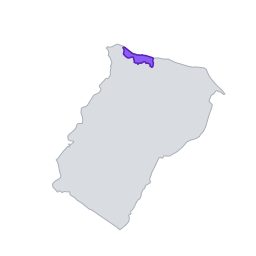 Ghana, with Greater Accra highlighted, rotated 215°
{"feature_id": "GHA-2172", "entity_name": "Greater Accra", "entity_type": "Region", "adm_level": 1, "iso_a3": "GHA", "parent_name": "Ghana", "parent_adm1": "", "projection": "mercator", "projection_center": [0.02, 5.749], "detail": "coarse", "context": "in_parent", "style": "filled", "palette": "violet", "viewbox_px": 256, "rotation_deg": 215, "n_neighbors": 0, "source": "natural_earth", "source_scale": "10m", "svg_char_len": 3204}
<svg xmlns="http://www.w3.org/2000/svg" viewBox="0 0 256 256"><g transform="rotate(215 128 128)"><path d="M155.6,36.6L157.4,38.3L157.8,39.3L157.1,43.1L155.8,45.8L155.0,48.3L155.1,49.5L155.9,50.7L158.7,52.7L160.1,54.0L161.8,55.9L163.7,57.8L167.1,60.2L168.5,60.6L168.4,61.3L168.0,62.3L167.7,71.4L167.4,73.7L167.2,74.9L166.8,78.3L166.5,78.8L165.9,78.7L165.3,78.8L165.1,79.5L165.4,80.2L167.4,80.7L166.9,81.2L165.5,81.7L164.8,82.7L165.1,83.9L164.2,84.8L164.5,85.4L165.0,85.9L165.9,85.7L168.2,84.2L169.2,84.0L170.4,84.3L172.6,86.7L172.7,87.9L171.8,91.9L170.9,94.9L170.8,99.0L171.7,101.3L171.6,102.6L170.6,103.7L168.2,105.3L168.4,106.4L169.5,108.4L171.4,110.6L175.2,113.4L177.3,117.0L177.3,118.5L176.1,120.0L174.8,121.3L174.3,123.1L174.9,135.2L171.9,140.5L171.9,142.0L172.2,143.7L173.0,144.8L174.5,145.1L175.8,146.1L175.3,149.8L174.7,153.5L174.6,155.3L174.2,156.2L173.0,156.9L172.6,158.1L172.9,159.5L172.6,160.6L173.3,162.0L174.7,163.8L176.9,168.1L177.7,168.4L178.1,169.4L177.9,170.2L178.7,172.2L181.2,174.1L183.7,175.7L185.8,176.0L186.3,177.5L187.7,179.4L188.7,180.2L190.3,180.8L191.6,181.0L191.6,182.6L189.3,183.7L187.7,185.4L186.5,187.9L184.8,190.7L179.1,192.2L176.8,192.2L165.0,192.2L153.9,197.7L147.5,199.6L143.6,202.7L138.3,204.9L134.6,207.6L127.0,208.8L114.4,213.0L110.5,214.6L106.5,217.5L100.0,220.9L97.5,220.9L92.4,217.7L88.6,216.1L79.3,213.7L72.4,212.8L69.0,211.7L68.1,211.5L68.9,210.4L70.8,210.3L72.8,210.7L74.4,209.8L76.7,209.7L77.2,208.8L77.4,206.5L77.4,204.6L78.2,203.8L78.4,201.6L77.3,196.8L76.5,196.2L72.4,195.5L72.1,194.6L71.4,193.6L70.6,191.1L69.7,187.4L68.3,182.8L65.6,175.2L64.9,172.5L64.5,169.7L64.4,166.5L64.9,165.3L64.8,163.6L64.6,161.9L66.5,158.0L70.3,153.3L71.1,151.6L71.8,150.4L71.9,148.7L72.5,143.2L74.3,136.5L75.5,133.9L76.2,132.6L77.2,130.4L77.4,129.3L80.9,126.7L82.5,126.0L82.8,125.0L82.3,123.8L82.5,123.1L83.3,122.7L84.6,122.4L85.6,121.3L84.1,113.0L82.9,104.8L82.8,104.1L82.1,103.0L81.4,99.6L80.3,97.6L78.6,97.0L78.6,95.1L80.3,91.9L80.7,90.1L79.9,89.5L79.8,88.1L80.4,85.7L80.1,84.3L79.8,82.7L78.1,79.1L77.7,76.6L78.5,75.1L78.5,71.8L77.6,66.7L77.4,63.5L78.1,62.2L77.8,60.9L76.5,59.7L76.4,58.6L77.5,57.4L77.4,56.5L76.0,55.9L74.9,54.3L73.8,51.9L74.0,47.9L76.0,40.6L76.2,40.0L78.5,40.0L78.5,40.3L85.5,40.3L93.4,40.2L102.9,40.1L111.6,40.0L112.0,39.7L113.4,39.3L122.1,40.0L127.6,39.7L129.9,39.9L131.6,40.4L135.4,40.1L137.4,40.3L138.9,42.1L139.5,42.1L140.4,41.3L141.9,40.4L143.4,39.7L144.5,38.3L145.2,37.2L146.2,37.4L147.6,37.4L148.6,36.5L148.9,35.1L155.6,36.6Z" fill="#d9dde1" stroke="#a8b0b8" stroke-width="1"/><path d="M176.9,192.2L168.0,191.5L166.1,191.8L165.5,192.2L164.8,192.2L164.0,192.7L162.1,193.2L160.8,194.2L159.7,194.5L158.5,196.0L156.2,196.7L155.6,197.3L148.7,199.5L147.2,199.7L146.3,197.1L144.5,195.9L142.9,192.6L143.2,191.5L145.0,191.3L145.5,191.4L145.7,192.1L147.3,192.8L148.6,192.6L150.3,191.3L151.8,192.0L152.3,191.9L153.2,191.1L154.2,188.7L155.8,187.9L156.5,185.9L157.7,186.5L159.3,185.5L160.6,185.4L161.4,186.7L162.8,187.5L163.5,188.5L164.3,189.0L165.5,188.3L167.2,186.1L168.3,185.4L169.1,185.2L171.4,185.3L173.7,185.8L174.3,186.2L175.6,189.3L176.2,189.9L177.7,190.6L178.2,191.1L178.1,191.6L176.9,192.2Z" fill="#8b5cf6" stroke="#5b21b6" stroke-width="1.5"/></g></svg>